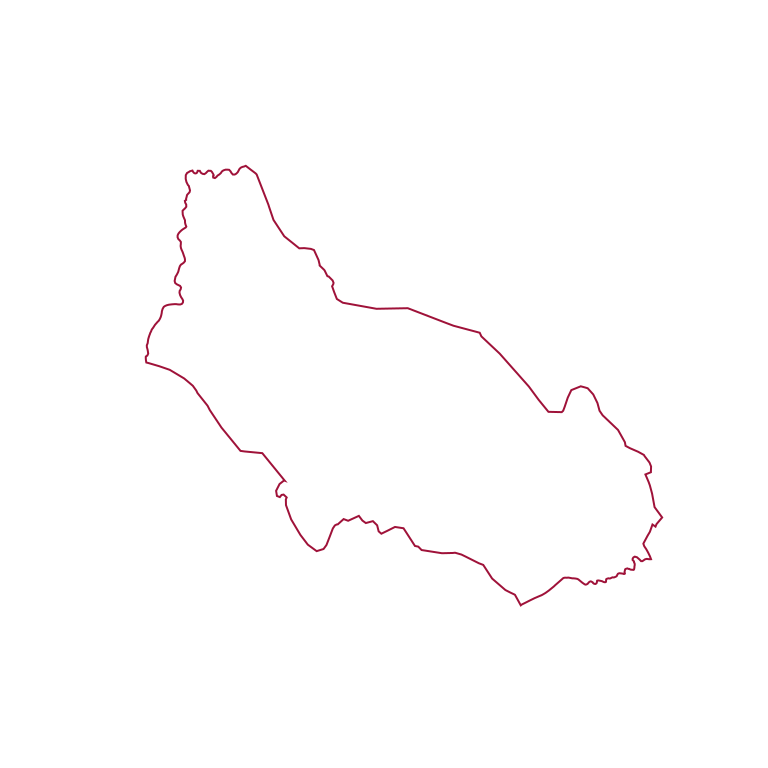 Ar Rujum, Al Mahwit, Yemen, rotated 154°
{"feature_id": "15242507B44353652125997", "entity_name": "Ar Rujum", "entity_type": "district", "adm_level": 2, "iso_a3": "YEM", "parent_name": "Yemen", "parent_adm1": "Al Mahwit", "projection": "robinson", "projection_center": [43.673, 15.406], "detail": "fine", "context": "isolated", "style": "outline", "palette": "rose", "viewbox_px": 768, "rotation_deg": 154, "n_neighbors": 0, "source": "geoboundaries", "source_scale": "gbopen_adm2", "svg_char_len": 5614}
<svg xmlns="http://www.w3.org/2000/svg" viewBox="0 0 768 768"><g transform="rotate(154 384 384)"><path d="M220.8,109.5L220.5,112.5L220.5,116.7L220.7,120.6L221.2,124.1L220.9,126.7L220.8,126.9L213.6,132.1L209.8,134.6L204.3,140.0L202.5,136.8L200.5,138.6L192.5,142.1L194.8,154.7L191.1,168.0L189.5,176.3L189.1,180.0L188.7,188.1L182.8,187.7L180.1,192.8L179.8,197.0L181.4,204.9L181.5,206.3L185.3,211.7L191.1,218.5L194.0,222.5L193.0,226.1L193.8,240.1L201.2,260.0L202.0,265.5L200.5,273.3L200.5,279.6L200.5,282.9L202.8,290.9L205.2,293.1L208.2,295.7L208.7,295.7L218.3,296.4L224.8,291.2L231.6,284.3L234.7,281.4L236.6,280.8L248.4,286.9L251.9,301.8L254.9,318.2L257.8,328.6L266.7,360.6L275.6,384.1L275.5,388.1L278.0,390.3L296.0,405.9L301.1,411.3L329.4,441.7L357.8,454.9L385.4,475.1L389.1,481.1L388.5,488.5L387.8,494.6L385.9,495.9L385.0,497.0L384.8,499.6L386.6,504.9L387.6,505.7L387.6,511.9L387.7,512.7L389.9,518.7L389.6,519.2L388.5,524.1L388.2,535.1L390.5,537.5L396.1,541.1L400.7,543.1L408.9,560.5L411.4,579.9L409.6,593.9L409.3,595.8L406.6,628.1L406.8,628.8L407.1,629.7L410.2,635.8L412.6,640.7L414.3,640.8L416.2,641.2L418.0,641.2L419.7,640.6L421.2,639.5L422.6,638.5L424.6,637.8L426.3,637.7L428.0,638.5L428.6,640.6L428.7,642.4L429.3,644.4L430.8,645.3L432.5,646.1L434.7,646.4L436.5,646.1L438.2,645.1L440.3,644.5L442.2,644.3L444.0,643.5L445.7,643.2L447.0,644.4L446.5,645.8L446.3,645.8L445.8,645.9L445.5,646.5L445.5,647.8L445.7,650.2L446.2,651.5L447.5,652.2L448.3,652.7L449.9,652.3L451.8,651.6L453.5,651.4L455.0,652.5L456.0,654.2L456.1,656.3L458.0,657.3L459.2,656.1L460.1,655.7L461.1,655.9L461.6,656.2L462.2,657.0L462.5,657.9L462.6,658.8L462.6,659.6L462.6,659.8L464.1,660.1L464.3,660.1L465.0,660.3L466.7,660.1L468.5,660.0L470.6,658.6L472.3,655.3L473.0,652.2L473.0,648.9L472.6,647.6L473.5,643.0L474.7,641.6L477.6,640.5L478.3,640.1L479.3,638.8L480.8,637.1L481.1,636.2L482.7,635.9L483.2,634.0L483.1,632.0L484.0,630.0L485.8,629.1L487.5,628.6L489.1,628.0L489.9,626.2L490.6,624.5L490.9,622.6L491.0,620.8L491.1,618.5L491.1,618.4L492.1,616.2L492.5,614.4L492.7,612.1L493.6,611.6L495.5,611.4L497.2,611.2L499.0,610.8L501.1,610.1L502.8,609.3L504.3,608.1L505.2,606.4L505.3,604.4L504.6,602.5L504.3,600.7L505.3,598.8L506.3,597.2L506.9,595.2L507.1,593.3L507.1,591.5L507.3,589.4L507.6,587.3L507.8,585.3L507.9,584.6L508.2,583.4L509.1,581.6L510.9,580.8L512.5,580.5L514.2,580.3L515.8,579.4L517.3,577.9L518.6,576.4L519.7,575.1L521.2,573.9L522.9,572.7L524.4,571.8L525.7,570.1L527.0,568.4L527.4,566.3L526.5,564.4L525.4,563.0L524.3,561.6L524.1,559.7L525.3,558.2L526.8,557.3L527.8,555.7L528.3,553.2L528.3,551.0L528.0,548.8L528.0,547.0L529.0,545.4L530.6,544.6L532.3,544.8L534.2,545.8L535.8,546.9L537.5,547.7L539.5,548.5L541.2,549.1L542.7,549.6L544.7,550.0L546.4,550.1L548.1,549.9L550.0,548.6L551.7,546.8L552.7,545.2L554.1,543.4L555.4,542.0L557.0,540.7L558.7,539.6L560.3,539.1L561.9,538.4L563.6,537.7L564.5,537.2L565.3,536.7L566.8,535.8L566.9,535.7L567.2,535.6L568.9,534.7L570.4,533.3L571.9,532.2L572.4,531.6L573.3,530.8L574.5,529.6L574.6,529.4L574.8,529.3L576.3,527.6L577.4,526.0L578.5,524.3L579.5,523.4L580.2,522.8L581.0,521.0L581.0,520.9L581.4,518.7L581.8,517.2L582.0,516.6L582.6,514.7L584.3,513.3L586.0,513.1L586.6,512.1L586.6,511.9L587.0,511.2L587.7,509.3L588.2,507.5L586.2,505.8L578.2,498.5L570.4,490.7L561.2,476.6L556.6,466.2L555.6,460.4L555.6,457.6L552.1,441.8L552.0,436.9L549.2,416.1L542.3,386.8L538.9,384.5L523.7,375.2L515.6,340.6L516.1,341.1L521.7,339.9L527.8,335.3L529.3,330.3L527.2,328.0L524.7,329.2L522.7,328.6L521.2,324.7L522.8,323.3L525.2,318.1L526.8,303.0L525.3,285.0L522.9,273.0L517.8,263.3L510.7,262.2L510.1,262.5L506.3,264.5L499.8,270.5L493.3,276.6L490.2,278.4L488.1,278.5L487.1,278.1L479.5,280.3L476.2,276.8L464.4,276.5L463.3,270.8L461.3,267.0L454.1,265.6L452.1,260.0L453.4,253.9L452.0,250.6L444.9,250.6L436.8,250.7L429.7,245.8L429.0,240.2L427.2,225.1L427.2,224.9L424.5,222.8L423.0,218.3L406.1,206.5L396.3,202.0L394.1,201.2L389.2,196.8L386.3,193.1L377.3,181.3L374.1,177.9L372.1,161.7L365.5,146.3L365.2,145.6L362.2,141.6L361.5,140.7L359.1,137.7L358.7,137.1L358.1,125.1L356.8,125.4L353.8,125.4L347.2,125.5L342.4,125.5L334.4,125.1L330.5,125.4L326.4,126.1L320.4,127.5L320.0,127.6L317.8,128.3L317.7,128.3L307.8,131.0L306.2,130.6L304.8,129.8L303.2,129.2L301.8,128.2L300.1,126.9L298.6,126.1L297.3,125.3L295.8,124.2L295.0,123.2L293.8,120.6L292.9,118.6L292.7,118.2L291.9,116.8L291.4,115.9L290.6,115.2L289.8,115.1L288.7,115.1L287.8,115.5L286.9,115.9L286.6,116.0L285.7,116.1L285.0,116.1L284.5,115.8L284.2,115.5L283.5,114.4L283.4,114.3L283.3,113.4L282.9,112.6L282.5,112.2L282.3,112.0L281.7,111.6L281.0,111.6L280.4,111.7L280.2,111.9L279.3,112.8L278.8,113.7L278.7,113.8L277.7,113.6L276.5,112.8L275.1,111.7L274.3,111.0L273.9,110.4L273.3,109.7L272.7,109.2L272.3,109.0L271.8,108.8L271.4,108.8L271.0,109.2L270.6,109.9L270.2,110.7L269.7,111.2L269.4,111.2L268.8,111.2L267.5,111.0L266.7,110.4L265.9,110.1L265.1,110.1L264.4,110.1L263.5,110.1L262.7,109.6L261.9,109.3L260.5,109.2L259.7,109.2L259.1,109.3L258.5,109.8L258.0,110.2L257.8,110.3L257.1,110.8L256.4,110.9L255.3,110.7L254.2,110.0L253.1,109.3L252.3,108.7L251.7,108.1L251.1,107.9L250.6,108.0L250.4,108.6L250.3,109.5L249.4,110.6L249.0,111.1L248.8,111.4L248.3,111.8L247.3,111.8L247.2,111.8L246.0,111.5L245.3,110.6L244.5,110.2L244.0,109.3L243.0,108.6L242.1,108.1L241.4,107.6L240.8,107.6L240.5,107.8L240.4,107.9L239.5,109.1L238.9,110.2L238.0,111.4L237.5,112.5L237.4,113.4L237.5,113.9L237.1,115.0L237.7,116.9L237.0,118.1L235.8,118.8L234.3,118.9L232.6,117.4L231.2,114.1L230.6,112.1L229.4,111.5L226.1,112.0L224.4,111.6L223.3,110.8L221.8,109.9L220.8,109.5Z" fill="none" stroke="#9f1239" stroke-width="2"/></g></svg>